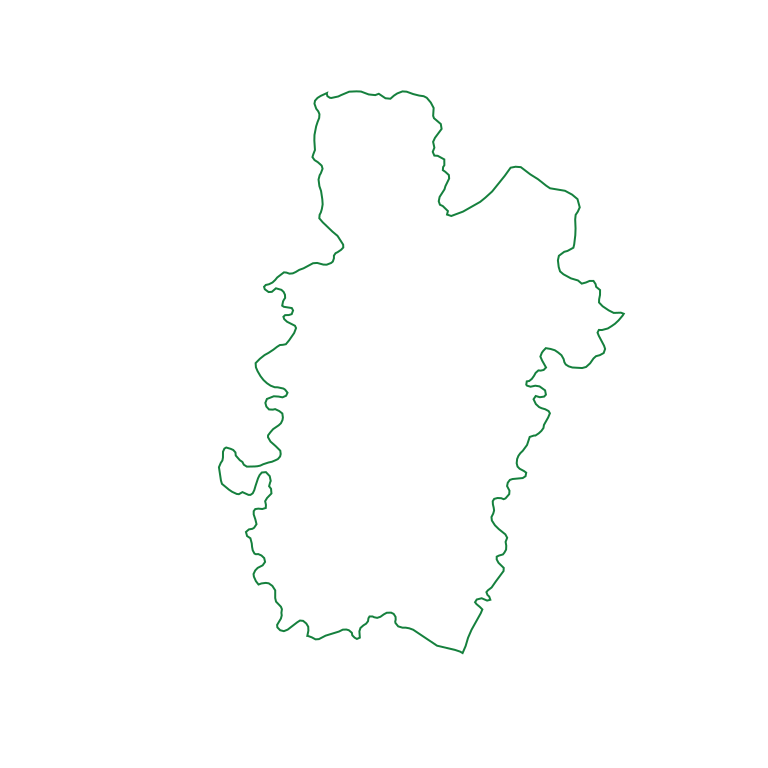 outline of Barysaw, Minsk, Belarus, rotated 34°
{"feature_id": "67162791B39606099444015", "entity_name": "Barysaw", "entity_type": "district", "adm_level": 2, "iso_a3": "BLR", "parent_name": "Belarus", "parent_adm1": "Minsk", "projection": "albers", "projection_center": [28.522, 54.3], "detail": "fine", "context": "isolated", "style": "outline", "palette": "green", "viewbox_px": 768, "rotation_deg": 34, "n_neighbors": 0, "source": "geoboundaries", "source_scale": "gbopen_adm2", "svg_char_len": 6165}
<svg xmlns="http://www.w3.org/2000/svg" viewBox="0 0 768 768"><g transform="rotate(34 384 384)"><path d="M441.0,122.5L434.0,121.8L426.0,122.6L412.2,128.9L407.6,128.9L397.2,128.1L388.0,128.4L376.2,127.7L371.6,130.3L368.0,133.9L367.7,143.9L366.0,163.9L363.8,172.9L361.9,179.2L353.1,196.9L345.8,207.1L341.5,208.3L340.3,204.9L333.2,203.6L330.1,204.1L327.2,201.9L325.5,197.8L325.3,188.8L324.3,185.7L323.1,177.2L320.9,174.5L316.1,173.8L313.2,173.8L311.7,171.1L311.7,168.9L308.4,164.1L300.9,164.8L298.0,166.5L294.6,164.3L293.6,159.9L289.3,155.8L288.6,151.4L289.1,140.3L285.7,136.7L276.8,135.7L274.8,134.2L270.8,127.4L265.4,124.5L259.4,122.8L256.0,123.2L251.9,125.2L246.1,127.3L239.3,129.0L235.7,131.1L232.5,135.7L231.0,139.3L229.8,143.9L225.4,146.3L217.4,146.3L215.2,149.4L209.4,152.5L201.4,154.4L197.5,156.8L191.7,161.1L186.8,168.6L185.3,171.2L180.4,176.3L179.0,177.0L176.1,177.0L174.2,175.3L174.0,174.7L170.4,180.6L168.9,184.0L168.4,187.7L169.6,190.5L173.9,193.7L177.0,194.7L179.6,196.4L181.5,199.7L182.4,203.9L183.7,208.4L187.1,216.4L190.1,221.1L195.9,228.6L196.9,233.0L197.8,235.9L201.2,237.2L205.1,237.1L210.2,237.8L212.7,239.9L213.8,244.7L213.9,246.8L215.4,251.1L219.8,256.1L223.9,259.2L229.6,265.4L232.7,269.4L234.6,273.6L235.7,277.1L236.0,279.7L237.7,282.8L242.8,284.2L256.1,286.5L262.7,287.2L272.2,291.3L273.9,293.6L273.4,296.7L271.8,300.7L270.7,302.6L270.7,305.6L272.2,307.8L273.1,311.1L272.5,313.2L269.8,317.1L267.0,318.9L260.9,321.0L257.6,323.6L252.6,333.1L249.9,336.8L248.2,340.5L246.5,343.3L243.9,345.4L240.8,346.2L238.6,347.4L235.9,355.4L235.6,358.7L234.8,362.2L232.8,365.7L230.6,368.0L230.2,370.5L232.2,372.1L236.9,372.3L239.5,370.3L240.9,365.1L246.3,363.3L249.3,363.8L252.0,365.4L253.9,367.9L253.9,370.0L254.1,371.9L255.8,376.0L257.8,376.0L265.1,372.6L267.5,373.9L268.4,377.7L266.5,380.1L263.5,382.2L263.0,384.5L265.0,386.0L268.8,386.6L277.6,385.5L279.8,386.8L281.0,392.0L280.9,400.9L280.4,405.9L278.2,408.1L275.9,409.9L274.5,413.1L273.1,417.4L270.9,422.7L268.8,426.8L267.0,432.5L265.9,438.5L268.5,441.8L272.1,444.1L277.3,446.6L281.9,448.1L286.5,448.8L290.9,448.8L295.2,447.8L297.7,446.2L303.2,444.0L305.2,444.0L308.9,445.2L309.4,448.5L307.3,451.8L303.6,453.4L299.5,455.8L295.3,461.9L296.2,466.0L299.1,468.5L302.9,469.4L306.2,467.4L307.8,465.7L312.3,465.0L316.2,465.3L318.9,468.3L320.0,470.7L320.5,474.2L319.8,477.1L317.3,483.4L316.8,487.6L316.6,491.4L317.6,493.0L322.1,495.2L329.0,496.1L335.3,497.3L337.5,499.8L338.4,502.2L338.0,505.6L336.6,508.0L334.6,511.1L332.2,513.6L328.7,518.1L327.1,520.8L325.0,523.0L323.0,524.6L316.5,529.2L312.9,529.3L310.2,527.8L307.1,527.8L301.1,526.2L299.1,523.8L295.9,523.0L293.1,523.5L288.7,524.9L287.8,526.8L288.4,530.2L291.6,535.0L292.8,537.8L292.8,540.7L293.7,545.3L302.8,555.2L305.5,557.4L314.5,558.3L318.4,558.3L323.4,557.5L325.3,556.5L327.1,552.8L333.6,551.7L335.3,550.6L336.3,548.0L335.8,544.5L334.4,540.1L332.3,532.6L331.8,529.1L332.2,525.7L335.4,523.1L340.8,524.3L344.3,527.7L344.6,529.2L345.9,533.0L349.0,534.1L351.9,537.7L350.8,543.8L351.0,547.6L353.7,550.2L355.3,552.9L353.0,555.7L349.5,557.6L347.2,559.7L347.1,562.3L348.9,565.0L353.2,568.3L356.7,571.5L356.7,575.8L355.9,577.6L353.3,580.1L352.3,583.9L355.5,586.6L359.5,586.6L363.5,590.1L365.7,592.8L368.2,595.3L371.4,597.0L372.9,596.8L374.9,595.3L378.3,594.7L382.0,595.3L384.9,598.0L384.8,602.2L382.1,607.1L381.5,610.6L382.1,614.5L383.9,616.5L388.1,619.1L392.1,620.4L393.9,617.9L397.2,615.0L399.9,613.7L404.3,613.8L409.2,615.9L413.5,622.3L416.2,624.8L423.1,626.3L425.3,627.8L426.9,631.1L428.6,633.0L429.7,636.1L430.1,643.5L431.7,645.4L435.6,646.2L439.2,644.9L441.5,641.5L445.3,630.1L446.6,627.1L449.4,625.6L453.5,626.0L456.9,627.6L459.2,630.7L461.3,635.7L461.8,635.4L465.8,634.4L470.0,634.0L472.7,631.9L476.3,625.3L485.1,614.4L487.2,610.7L490.1,608.6L492.5,607.8L496.4,608.2L498.3,610.1L501.4,610.7L504.1,610.5L505.8,607.8L501.9,602.8L500.9,599.4L501.9,595.6L503.2,592.7L503.4,589.6L502.1,586.9L502.0,584.8L504.5,583.1L506.2,582.9L509.1,581.7L511.2,579.0L512.7,575.0L514.2,572.1L517.7,569.6L520.6,569.2L523.8,570.6L525.5,572.9L526.1,574.6L527.1,575.7L531.3,577.0L535.5,575.7L538.4,573.8L541.6,572.4L545.6,571.4L574.3,571.3L591.7,564.7L596.7,563.3L599.6,563.1L598.2,555.6L595.6,547.4L594.0,538.8L592.4,519.9L591.6,515.9L588.0,515.2L583.9,514.8L581.5,514.0L581.4,510.8L584.8,507.0L590.6,505.9L592.8,503.4L590.1,501.4L587.7,501.0L585.3,499.3L585.5,497.0L587.0,492.5L587.1,485.1L587.7,472.2L586.1,469.5L578.9,468.2L575.5,466.4L574.0,464.1L575.3,461.9L577.9,458.8L578.1,456.4L577.8,453.0L575.8,449.7L573.1,446.9L572.1,442.6L568.7,440.8L560.3,440.1L555.0,439.1L549.8,436.9L547.5,434.2L547.0,430.3L546.0,427.3L544.0,425.1L541.6,422.9L539.7,420.4L539.6,417.6L541.9,415.0L545.1,413.1L547.6,412.6L548.7,410.9L549.4,405.3L547.7,402.3L543.1,399.8L541.8,396.6L542.0,393.1L543.7,390.9L551.6,384.4L552.9,381.3L551.5,378.0L548.7,377.9L543.8,378.4L540.9,377.8L538.3,375.5L536.3,371.7L535.6,368.3L535.7,365.1L536.4,361.8L536.7,354.6L534.4,346.4L537.2,342.8L538.4,342.0L539.9,338.3L540.7,334.9L540.8,331.3L539.5,328.5L538.8,319.9L537.9,315.5L535.6,314.4L531.7,314.8L528.3,315.9L525.5,316.4L521.1,315.7L516.5,313.0L516.5,309.1L520.6,307.8L523.8,304.9L524.2,302.3L521.1,299.2L514.3,299.0L510.4,300.8L507.0,304.3L503.5,305.4L502.3,305.0L500.9,302.0L502.7,300.3L503.7,297.1L503.8,293.3L503.5,290.0L504.4,286.4L506.4,285.3L508.5,283.1L509.1,279.7L501.9,276.1L498.3,273.8L497.4,269.8L497.5,267.4L498.1,263.8L502.5,261.8L506.7,260.5L510.7,260.5L515.0,260.9L519.0,262.9L521.4,265.1L523.8,266.2L527.2,266.1L530.9,265.0L539.3,260.0L542.0,256.9L543.3,251.6L543.4,245.7L544.2,242.4L546.8,239.4L548.8,235.5L547.7,231.3L545.0,229.2L535.1,223.9L532.3,222.0L531.9,219.0L534.5,217.4L538.5,212.8L540.3,208.8L541.8,204.9L542.9,200.1L543.6,193.6L543.5,191.7L540.5,192.4L534.7,196.6L529.1,197.3L521.8,197.3L516.7,196.2L515.0,193.5L513.3,189.4L510.6,185.3L505.5,184.8L503.6,182.9L500.0,181.4L496.8,183.6L494.6,187.0L491.8,190.2L486.9,189.7L479.9,191.9L471.4,192.7L467.0,192.2L463.4,189.3L459.0,184.2L457.3,179.9L459.5,173.6L461.7,171.1L464.8,165.1L463.6,161.9L459.4,153.7L455.8,147.9L450.5,140.7L448.3,136.6L448.3,132.7L447.5,128.1L441.0,122.5Z" fill="none" stroke="#15803d" stroke-width="2"/></g></svg>